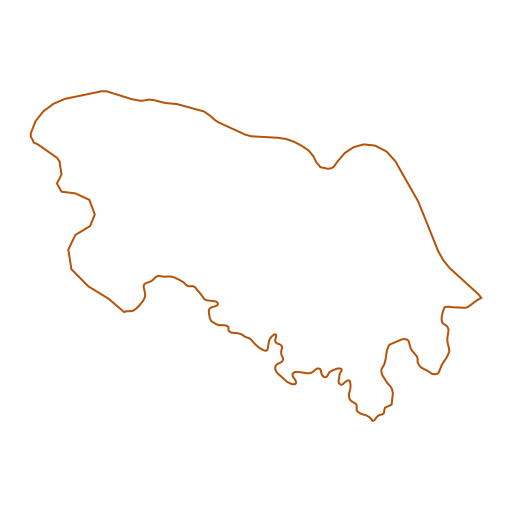 the border of Bueng Kan
{"feature_id": "THA-5499", "entity_name": "Bueng Kan", "entity_type": "Province", "adm_level": 1, "iso_a3": "THA", "parent_name": "Thailand", "parent_adm1": "", "projection": "orthographic", "projection_center": [103.786, 18.105], "detail": "fine", "context": "isolated", "style": "outline", "palette": "amber", "viewbox_px": 512, "rotation_deg": 0, "n_neighbors": 0, "source": "natural_earth", "source_scale": "10m", "svg_char_len": 4057}
<svg xmlns="http://www.w3.org/2000/svg" viewBox="0 0 512 512"><path d="M101.8,91.2L106.5,91.3L131.9,99.2L140.5,100.8L142.7,100.7L149.4,99.6L153.4,100.0L165.2,103.0L177.1,104.1L204.1,111.5L210.7,116.2L214.7,119.9L218.7,122.5L245.2,134.6L251.4,136.3L278.4,137.8L286.5,139.1L294.3,141.9L301.7,145.8L308.6,150.5L313.3,156.2L316.4,162.4L320.5,167.2L328.0,168.8L331.4,168.2L333.6,167.0L335.2,164.9L337.2,161.9L344.7,153.1L353.7,147.1L363.9,144.4L375.1,145.6L386.5,151.5L395.2,161.0L418.4,201.9L438.2,251.2L443.5,260.6L449.8,268.2L478.8,294.6L481.3,298.0L477.7,299.8L467.9,307.0L467.2,307.3L466.4,307.5L464.8,307.8L451.8,307.2L451.4,307.1L449.9,306.8L446.6,306.8L445.0,307.1L444.7,307.2L443.1,310.8L441.8,316.4L441.6,319.6L442.0,322.0L442.8,323.3L444.2,324.3L445.5,325.1L446.8,326.1L447.7,327.3L448.3,328.9L448.5,330.7L447.3,338.3L447.5,342.3L449.2,349.4L449.3,351.4L448.2,354.3L446.4,357.9L441.9,364.6L439.3,371.1L438.5,372.8L436.9,374.0L434.0,374.2L432.0,373.8L427.6,370.9L422.0,368.0L420.7,367.0L419.5,365.8L418.6,364.4L417.9,362.9L417.5,361.2L417.7,359.5L417.4,357.8L416.9,356.4L412.7,351.5L411.0,348.9L410.3,347.4L409.0,342.1L408.3,340.6L407.1,339.6L405.4,339.1L403.5,339.1L401.8,339.4L390.8,344.1L389.4,344.8L388.1,347.1L386.9,350.6L385.7,358.6L384.8,362.5L383.9,365.1L382.0,368.2L381.4,369.7L381.4,372.1L382.4,375.3L387.3,383.0L390.2,386.2L391.9,388.8L392.9,393.2L391.6,404.6L384.9,407.7L384.2,410.8L384.1,412.4L383.5,413.7L382.2,414.3L379.1,415.2L377.8,416.0L376.9,416.9L374.4,420.2L373.4,420.8L372.3,420.7L371.1,418.8L369.3,417.1L366.6,415.5L360.7,413.7L358.2,412.1L356.7,410.5L356.7,405.5L356.2,404.3L355.1,403.4L351.4,401.1L350.4,400.1L349.7,399.0L349.2,397.5L348.9,396.0L348.8,394.4L349.2,392.9L349.7,391.4L350.4,388.2L350.5,384.6L350.0,381.3L349.1,380.5L347.7,380.4L345.6,381.6L344.3,382.8L343.1,384.0L342.0,384.7L340.7,384.7L338.9,383.2L338.6,381.6L338.6,380.0L339.1,378.4L339.5,374.9L339.9,373.4L340.6,372.1L341.4,371.1L341.7,370.0L341.2,368.9L339.6,368.4L337.2,368.6L332.6,370.3L330.3,371.6L328.9,373.0L327.5,375.6L326.7,376.7L325.5,377.3L324.1,377.0L322.2,375.4L321.5,373.7L320.8,370.3L320.1,369.1L318.8,368.5L317.2,368.5L315.1,369.9L312.6,372.1L311.3,372.7L309.7,373.2L307.3,373.3L298.0,371.9L294.9,372.0L292.6,373.7L292.6,375.3L293.0,376.8L295.4,380.2L295.9,381.5L296.1,382.8L295.5,383.9L293.8,384.3L291.5,384.0L287.2,381.9L283.8,379.0L282.8,377.9L278.5,374.2L276.7,372.3L275.4,369.7L275.2,368.1L275.3,366.6L276.0,365.3L277.0,364.3L278.2,363.6L280.8,362.4L282.1,361.5L282.8,360.4L283.1,359.1L282.8,357.8L281.6,355.1L281.2,353.7L281.1,352.1L281.3,350.5L282.3,347.7L281.8,346.3L280.5,344.7L276.6,343.2L275.4,341.7L275.1,340.1L275.6,338.7L276.2,335.5L275.8,334.5L274.6,334.3L272.0,336.2L270.6,337.8L269.6,339.5L269.1,341.0L268.7,342.5L267.7,349.2L266.9,350.4L265.5,350.8L262.5,349.7L259.2,347.8L255.0,344.1L251.4,339.9L250.3,339.0L249.1,338.2L246.2,337.2L244.8,336.6L243.6,335.8L242.6,334.9L240.6,334.0L237.7,333.2L231.6,332.7L229.4,331.5L228.4,330.0L228.5,328.4L228.3,326.8L226.7,325.8L224.1,325.2L218.9,325.2L216.6,324.4L211.3,321.2L210.4,319.6L209.8,317.9L208.9,312.9L208.8,311.2L209.1,309.7L209.7,308.5L210.7,307.8L211.4,307.4L215.4,306.2L216.7,305.6L217.7,304.9L218.0,303.9L217.5,302.8L216.6,301.9L214.9,301.3L206.9,300.3L205.2,299.7L204.1,298.8L200.8,294.2L197.2,290.0L195.5,287.7L194.3,286.7L192.4,286.1L188.8,286.3L187.0,285.6L185.7,284.7L184.9,283.6L183.9,282.7L182.7,281.8L178.9,279.6L173.5,277.1L171.9,276.7L170.0,276.5L163.6,276.7L158.9,275.9L157.4,276.1L155.9,276.9L154.6,278.1L152.7,280.1L151.1,281.2L149.5,281.9L146.5,282.9L145.2,283.6L144.1,284.6L143.6,286.2L145.1,294.0L145.1,295.8L144.8,297.4L143.8,299.5L142.3,301.9L138.8,306.0L135.4,309.3L133.1,310.7L131.5,311.1L126.0,311.3L124.2,312.1L108.5,298.7L88.4,286.4L71.4,269.2L68.3,249.6L75.3,235.0L90.1,226.0L94.8,214.6L89.4,199.9L75.4,193.4L61.5,191.7L56.9,183.5L61.5,174.6L59.7,162.7L59.8,161.8L57.0,157.8L37.7,144.3L33.7,142.6L32.7,139.9L31.5,138.1L30.7,136.1L30.9,133.0L35.6,121.1L43.4,111.3L53.5,103.8L64.8,98.9L101.8,91.2Z" fill="none" stroke="#b45309" stroke-width="2"/></svg>